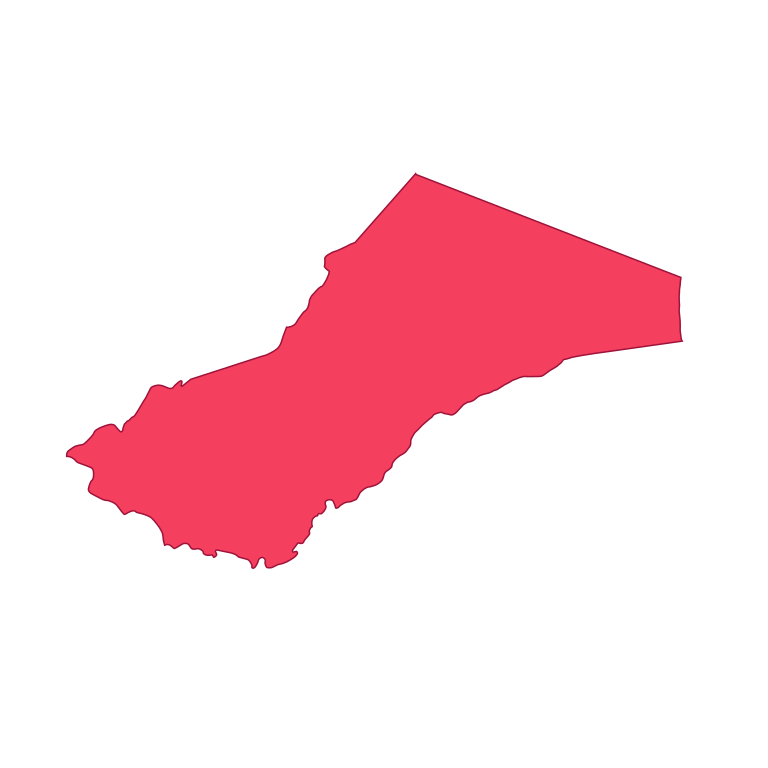 the district of Concepcion del Sur, Santa Bárbara, Honduras, rotated 36°
{"feature_id": "27666195B6871668966766", "entity_name": "Concepcion del Sur", "entity_type": "district", "adm_level": 2, "iso_a3": "HND", "parent_name": "Honduras", "parent_adm1": "Santa Bárbara", "projection": "robinson", "projection_center": [-88.156, 14.821], "detail": "fine", "context": "isolated", "style": "filled", "palette": "rose", "viewbox_px": 768, "rotation_deg": 36, "n_neighbors": 0, "source": "geoboundaries", "source_scale": "gbopen_adm2", "svg_char_len": 6170}
<svg xmlns="http://www.w3.org/2000/svg" viewBox="0 0 768 768"><g transform="rotate(36 384 384)"><path d="M286.0,195.2L277.4,286.6L274.6,290.9L272.5,295.2L267.6,303.9L265.8,306.3L264.8,307.9L262.8,312.2L262.2,314.0L262.0,315.5L262.1,316.7L262.5,317.5L264.2,319.6L265.7,321.8L266.0,322.4L266.3,323.4L266.8,324.0L268.0,324.5L270.5,324.9L273.5,325.0L274.5,327.1L275.1,328.9L276.1,333.5L276.6,338.1L276.6,340.5L276.5,341.2L275.6,342.8L274.8,345.3L273.7,354.5L273.7,355.7L273.9,357.5L274.3,359.4L274.8,360.6L275.9,362.7L276.6,364.5L277.4,366.9L277.6,368.3L277.6,370.0L276.8,372.7L276.6,374.6L276.6,381.8L276.9,385.6L277.0,387.1L276.8,388.1L276.5,389.3L275.4,391.6L273.6,393.9L272.7,394.7L271.8,395.3L274.3,404.5L276.4,410.8L276.8,412.5L277.1,414.4L277.1,415.9L277.0,417.4L276.6,419.2L275.4,422.6L272.9,427.7L271.5,430.1L268.4,434.0L224.9,493.8L222.3,503.5L221.9,504.4L221.4,504.8L221.0,504.7L219.8,501.9L219.2,500.9L218.4,500.6L217.8,500.8L217.3,501.6L216.7,503.2L215.6,508.1L215.4,511.1L215.1,511.8L214.6,512.5L213.6,513.3L212.3,514.0L205.9,515.6L204.5,516.2L203.2,516.9L201.8,517.8L200.8,518.8L199.3,520.6L198.3,522.1L197.8,523.3L197.7,524.8L199.4,535.2L199.6,539.3L200.6,550.0L200.9,555.4L200.8,556.9L200.0,558.6L199.6,559.7L199.1,563.2L198.9,563.8L198.3,564.6L198.1,565.1L198.0,566.6L197.6,569.0L197.8,569.8L198.6,572.5L199.8,575.2L199.9,575.8L199.9,576.5L199.5,577.2L198.7,577.5L196.0,577.1L190.7,575.8L189.9,575.8L189.0,576.0L187.3,576.8L185.9,578.0L184.5,579.6L182.6,582.2L180.5,585.5L179.3,587.7L178.5,589.5L177.9,591.2L177.8,592.8L178.3,595.4L178.2,598.9L177.3,605.2L176.5,608.8L176.0,609.8L175.3,610.7L172.9,613.2L170.7,616.0L169.5,618.9L167.9,623.9L167.9,625.1L168.2,626.4L168.9,627.8L169.8,629.1L172.0,627.8L173.5,627.3L174.8,627.0L177.1,626.9L178.5,627.0L180.6,627.5L182.2,627.5L183.3,627.3L190.3,625.3L195.8,623.9L197.3,623.8L198.6,624.2L199.7,624.9L201.0,626.3L202.6,628.4L203.5,629.9L204.2,631.4L204.4,632.5L204.4,633.4L204.2,634.7L204.3,636.0L205.2,639.3L205.9,641.2L206.6,642.7L207.2,643.5L208.1,644.1L209.3,644.5L211.2,644.7L214.6,644.3L221.2,643.3L224.6,642.7L226.4,642.1L228.9,640.7L230.8,639.9L233.7,639.2L236.1,638.9L237.8,638.9L239.2,639.1L246.0,641.2L249.8,642.1L250.4,642.1L250.8,641.8L251.4,641.1L252.5,638.5L253.9,636.0L255.1,634.5L256.3,633.5L257.3,633.2L258.7,633.3L259.8,633.1L264.7,631.1L267.6,630.2L270.6,629.4L273.4,629.0L275.1,629.1L278.0,629.6L282.7,630.8L286.9,632.2L290.4,633.8L291.9,634.6L293.3,635.7L294.4,636.8L297.4,640.1L301.3,643.4L302.0,642.3L302.8,641.4L303.6,640.8L304.7,640.4L306.0,640.1L309.7,640.4L310.6,640.4L311.2,640.2L312.4,638.0L314.7,632.5L315.2,631.5L315.7,630.8L316.4,630.2L317.6,629.3L318.6,628.8L319.4,628.7L320.3,628.7L321.7,629.1L324.1,630.1L325.6,630.2L326.5,629.9L327.7,629.0L328.6,628.2L330.4,626.4L331.9,625.9L333.7,625.6L335.5,625.7L336.2,625.9L336.9,626.7L337.4,627.1L338.4,627.3L339.2,627.3L340.7,626.9L342.0,626.2L343.1,625.4L344.7,623.9L345.7,623.2L347.7,624.2L348.2,624.2L348.5,623.7L349.0,622.7L349.1,621.7L349.1,620.8L348.8,620.3L347.9,619.6L347.4,619.3L346.6,619.0L346.1,618.6L345.7,617.7L345.9,617.1L346.4,616.6L347.5,616.0L359.4,610.6L361.5,609.9L364.3,609.2L365.7,609.2L367.4,609.4L368.5,609.3L376.6,606.2L378.0,606.0L379.5,606.3L381.6,607.1L384.1,608.6L384.4,609.1L384.6,609.7L385.0,610.1L385.5,610.2L386.1,610.1L386.7,609.6L387.1,608.8L387.3,607.9L387.3,606.6L387.0,603.9L386.7,602.4L385.9,600.3L385.8,599.6L385.8,598.9L386.1,597.8L386.5,596.9L387.1,596.2L387.8,595.7L388.6,595.5L389.3,595.5L390.2,595.6L391.0,595.9L391.8,596.7L392.8,598.5L393.4,599.2L395.1,600.5L396.6,601.2L397.3,601.2L398.5,600.6L399.8,599.7L400.9,598.7L401.4,598.0L404.4,592.4L405.0,591.7L407.1,589.3L408.8,586.8L409.9,585.0L411.3,582.0L412.8,578.3L413.5,576.0L413.7,574.3L413.8,573.0L413.6,572.1L413.2,571.4L412.5,571.0L411.8,570.9L411.4,571.0L409.7,573.1L409.2,573.4L408.6,573.3L408.2,573.0L407.9,572.3L407.7,571.6L407.8,564.5L408.0,562.9L408.3,562.6L409.4,562.5L410.6,561.7L411.5,560.9L411.8,560.3L411.9,559.4L411.6,557.7L411.5,556.6L412.0,550.7L411.9,549.3L411.7,548.7L411.3,548.1L410.6,547.6L410.1,547.1L409.6,545.7L409.3,544.5L409.3,543.4L409.4,542.7L409.7,542.0L409.7,541.4L409.4,541.1L408.4,540.3L406.9,538.3L406.1,536.9L405.6,535.3L405.7,533.8L406.1,531.7L406.5,530.9L407.4,530.1L407.6,529.6L407.6,529.2L407.1,528.3L407.2,527.7L407.6,527.0L408.4,526.7L409.0,526.3L409.6,525.5L409.9,524.6L410.2,522.1L410.0,519.6L409.6,518.2L409.1,517.3L408.5,516.7L407.1,515.7L406.3,514.8L405.8,513.5L405.9,512.4L406.6,511.0L407.8,509.7L409.4,508.8L410.6,508.5L411.7,508.7L413.3,509.6L415.6,511.0L417.6,512.6L417.9,512.7L418.3,512.6L418.9,511.9L419.4,511.2L419.7,510.3L420.0,508.1L420.4,506.9L421.8,503.6L422.4,502.7L423.9,500.9L426.3,498.7L429.3,493.8L429.4,493.2L429.3,491.0L428.6,486.9L428.5,485.7L428.9,483.5L429.6,480.7L430.4,478.9L431.1,477.5L431.7,476.7L433.4,475.1L435.9,471.8L436.8,470.3L437.4,469.2L438.0,467.6L438.5,466.1L438.9,464.5L439.0,463.0L438.8,461.6L438.3,459.8L437.3,457.4L437.0,455.7L437.0,454.6L437.1,453.6L438.3,450.1L438.9,447.2L438.8,446.2L438.0,444.7L437.5,443.1L437.3,442.0L437.3,440.8L437.5,438.0L438.2,434.9L439.0,432.5L440.6,429.0L441.4,426.5L441.5,425.3L441.6,419.2L441.5,418.5L440.8,416.8L440.1,415.7L439.0,414.2L438.4,412.8L437.9,409.8L437.5,405.7L437.7,404.3L438.4,400.5L439.2,394.6L441.1,386.4L442.2,382.7L442.2,381.9L442.2,380.2L442.6,378.8L444.4,376.1L445.8,374.4L446.8,373.4L447.9,372.9L450.3,372.4L453.7,370.7L455.7,370.0L457.1,369.1L458.0,367.9L458.7,366.2L459.2,364.3L460.4,354.0L461.5,351.5L462.4,349.5L464.3,347.6L465.9,344.9L466.5,343.2L467.0,341.0L467.5,339.2L468.1,337.7L468.8,336.4L471.0,333.3L474.4,329.3L475.8,326.8L476.7,324.8L478.7,322.2L482.2,313.2L483.0,311.9L484.5,308.8L485.6,306.0L486.9,303.8L487.4,303.2L490.1,298.8L492.7,295.7L497.1,292.7L505.5,286.4L507.1,284.7L508.1,282.4L510.2,275.8L513.6,267.8L513.9,266.0L514.8,262.8L514.9,258.8L517.6,255.7L520.5,251.8L527.1,244.8L536.6,235.3L543.5,228.7L600.1,174.0L599.0,173.5L598.1,173.0L592.1,166.6L589.5,162.9L586.3,158.7L580.0,151.6L578.5,149.5L577.0,146.9L573.8,143.0L570.8,139.0L569.6,136.9L567.3,133.5L565.6,130.2L563.3,126.4L561.6,123.3L286.8,195.7L286.0,195.2Z" fill="#f43f5e" stroke="#9f1239" stroke-width="1.5"/></g></svg>